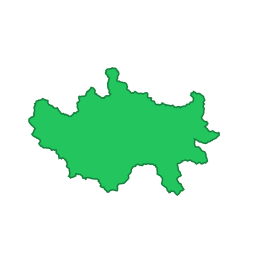 Chiem Hoa, Tuyên Quang, Vietnam (Natural Earth projection), rotated 136°
{"feature_id": "81297802B40107493867560", "entity_name": "Chiem Hoa", "entity_type": "district", "adm_level": 2, "iso_a3": "VNM", "parent_name": "Vietnam", "parent_adm1": "Tuyên Quang", "projection": "natural_earth1", "projection_center": [105.271, 22.169], "detail": "fine", "context": "isolated", "style": "filled", "palette": "green", "viewbox_px": 256, "rotation_deg": 136, "n_neighbors": 0, "source": "geoboundaries", "source_scale": "gbopen_adm2", "svg_char_len": 5826}
<svg xmlns="http://www.w3.org/2000/svg" viewBox="0 0 256 256"><g transform="rotate(136 128 128)"><path d="M58.2,92.0L56.4,92.2L56.4,93.6L56.1,94.2L53.5,94.7L52.7,96.7L51.8,98.4L52.2,100.0L52.4,102.5L52.8,103.4L55.1,105.5L54.9,106.4L55.3,108.2L55.6,108.8L57.1,108.1L58.3,109.2L59.3,108.2L60.2,108.0L60.0,104.7L60.7,103.3L61.7,102.8L62.7,101.9L63.5,102.0L65.4,103.2L66.6,102.6L67.4,102.7L69.4,104.2L71.5,103.7L72.9,105.2L75.0,106.1L76.3,106.3L76.0,107.4L76.2,107.7L77.7,109.0L78.5,108.8L79.2,109.8L80.1,110.5L79.9,111.9L80.0,113.3L82.0,114.2L82.7,115.8L83.4,116.5L84.2,117.9L85.0,117.9L84.8,118.6L85.8,121.0L85.6,121.7L86.2,122.3L87.3,121.9L89.4,122.5L89.7,123.8L90.9,124.7L91.5,125.5L91.6,126.4L90.6,128.9L91.9,130.9L92.2,131.7L91.1,132.9L90.5,133.0L90.3,133.3L90.5,133.8L91.2,134.2L92.6,135.9L91.9,137.4L90.9,138.0L90.0,139.1L90.0,140.3L91.9,141.6L93.3,142.0L94.5,143.9L96.7,145.6L97.6,149.4L99.8,149.4L100.5,150.3L101.3,150.6L101.3,154.7L102.0,156.3L101.3,157.3L99.9,157.9L99.3,159.4L98.7,160.1L98.5,161.3L98.8,162.6L101.6,166.4L101.8,167.9L102.9,168.4L103.0,170.0L102.6,170.5L101.0,170.9L100.4,172.0L98.1,172.9L97.4,172.9L95.9,174.8L96.4,175.8L96.2,176.2L95.7,176.4L95.8,177.2L95.5,179.3L95.9,180.2L97.1,180.8L97.6,182.3L98.9,182.2L100.6,183.7L102.4,184.8L104.2,184.5L104.6,183.6L105.6,183.5L106.3,182.5L106.3,179.8L107.0,179.0L106.7,177.3L106.9,176.7L108.6,176.0L109.8,175.0L111.6,174.3L112.5,173.0L114.0,171.7L114.2,170.9L115.0,169.7L115.4,167.6L116.9,166.9L117.2,165.8L116.8,164.6L116.9,164.4L119.4,164.3L121.0,166.0L122.0,166.5L122.8,166.5L123.4,166.1L124.2,166.6L124.7,166.2L125.5,167.6L126.1,168.0L126.4,170.1L127.3,173.2L127.0,174.5L127.6,175.0L127.7,176.1L127.5,176.5L125.9,177.4L125.4,178.4L125.2,180.8L126.3,182.8L127.5,182.3L129.5,182.2L130.1,181.9L130.8,182.5L131.6,182.2L132.8,182.5L133.6,181.9L134.3,181.8L135.0,181.0L136.8,180.9L137.3,181.0L137.6,181.5L139.2,183.0L140.2,183.3L140.9,184.5L141.4,184.7L142.9,183.4L143.3,182.1L143.8,181.4L145.9,180.8L146.6,181.6L147.5,181.2L148.6,179.3L150.1,178.3L150.5,176.5L151.5,175.0L152.4,174.5L153.5,175.1L155.4,174.9L156.0,176.4L156.2,176.5L158.3,176.0L160.8,176.1L162.4,177.5L162.5,178.0L162.2,178.9L163.1,179.9L163.3,181.2L164.5,181.5L164.3,182.3L164.6,183.6L165.9,184.1L165.9,186.4L165.4,187.7L165.7,188.3L165.5,189.3L164.8,191.6L166.0,192.2L167.1,193.3L167.4,194.8L167.0,195.5L167.4,196.4L167.3,197.2L168.2,198.2L168.2,199.0L168.8,200.0L168.0,202.1L166.6,203.3L167.0,204.2L167.9,204.9L167.9,205.7L168.6,206.8L168.7,207.8L168.9,208.4L170.8,208.5L172.3,209.3L172.7,210.0L173.5,210.0L175.4,211.0L176.1,210.4L177.7,210.0L178.2,210.2L178.3,209.1L180.0,208.7L180.2,208.1L181.1,208.2L182.1,206.9L182.8,205.5L185.5,204.0L186.0,203.5L186.0,202.7L186.7,202.6L188.1,201.9L189.9,202.9L193.0,203.1L194.7,201.5L195.0,200.8L195.4,197.2L195.2,196.0L195.2,192.0L197.7,191.4L198.8,190.7L201.5,190.3L201.6,188.0L201.2,186.4L200.5,185.3L200.7,184.2L200.0,183.4L199.5,180.1L200.9,179.0L202.1,179.0L203.0,178.6L203.4,175.7L202.6,174.8L202.9,173.4L202.4,172.2L201.0,171.2L200.7,170.4L198.6,168.3L198.3,167.7L198.1,166.4L198.5,165.6L198.2,164.8L196.9,164.6L196.2,162.9L194.9,162.4L195.1,161.6L196.4,160.7L196.9,160.0L196.9,158.8L196.5,157.7L196.5,157.0L198.6,154.0L197.7,153.9L197.2,152.0L196.2,152.1L195.5,151.6L195.1,150.0L195.4,148.7L194.9,147.9L195.1,147.2L195.8,146.7L195.5,146.2L195.6,145.6L196.7,144.7L196.9,144.0L197.3,143.7L198.7,143.4L199.0,142.2L198.5,139.6L200.1,137.7L200.8,136.3L203.2,134.6L204.2,134.6L203.9,133.4L204.1,132.0L203.1,131.8L201.2,130.6L200.4,130.5L198.9,129.9L198.4,130.6L197.9,130.5L197.1,131.1L196.8,130.9L196.0,129.2L194.7,127.8L194.4,126.1L194.4,124.7L195.3,123.5L194.1,121.8L194.0,120.5L193.4,120.5L192.9,121.5L191.0,120.0L190.4,118.7L189.5,117.8L189.3,116.7L188.2,115.7L187.3,114.3L186.1,113.4L185.6,112.5L185.2,110.7L185.7,110.9L186.3,110.4L186.1,109.6L186.6,108.4L186.5,106.7L187.4,105.6L188.3,105.6L188.2,104.2L187.8,103.1L186.7,102.3L187.0,101.0L187.4,100.5L187.1,97.7L187.5,96.8L186.5,95.3L184.3,95.5L182.0,94.2L181.6,93.8L180.2,91.3L179.2,90.4L177.7,91.5L176.0,93.7L173.8,94.1L173.0,93.8L169.8,91.4L168.9,91.0L162.7,91.3L161.6,92.2L160.6,93.8L156.9,93.9L153.9,96.1L151.0,96.5L149.3,95.3L148.7,95.3L147.9,95.9L146.0,95.0L145.6,93.4L145.0,92.9L144.9,92.4L143.8,91.1L143.1,90.9L142.2,91.5L141.0,90.7L140.8,90.1L140.1,89.1L138.3,88.7L137.5,86.9L135.2,84.7L135.0,82.9L134.1,82.0L135.0,80.9L134.8,80.3L134.9,78.9L136.4,77.5L136.9,76.4L139.0,74.6L137.9,71.1L138.2,68.9L138.0,68.0L140.2,66.0L142.4,64.7L142.8,63.3L141.9,58.3L142.1,57.5L143.2,55.5L142.9,54.6L143.3,52.9L142.1,52.4L141.3,53.0L140.9,52.5L140.0,52.1L139.0,49.9L139.3,48.5L139.2,45.9L139.0,45.4L135.9,45.4L133.9,46.3L132.4,45.1L130.5,45.0L130.4,46.5L129.8,47.9L129.6,49.9L128.8,50.6L129.1,51.9L129.9,52.7L129.1,54.3L129.2,55.3L128.4,57.2L127.7,57.7L126.3,57.6L125.5,57.8L123.7,57.0L122.8,56.9L122.4,57.5L122.2,58.6L121.5,59.5L121.1,61.0L121.3,62.0L120.6,63.4L119.1,65.3L118.5,66.7L117.2,68.0L114.9,66.6L113.4,66.5L112.7,66.2L111.9,66.8L111.3,66.2L109.2,65.2L108.5,64.4L108.2,62.9L106.4,62.4L105.1,60.9L105.2,59.5L103.8,57.4L103.9,55.4L103.8,54.6L100.9,53.9L100.3,53.0L100.3,51.9L100.0,51.1L99.2,50.5L97.1,50.0L96.6,49.6L96.4,48.9L93.9,49.0L92.0,52.2L91.8,53.4L90.2,54.9L89.5,57.3L89.6,58.0L90.8,60.3L90.2,63.2L90.4,65.4L92.5,67.4L92.5,68.2L91.0,70.7L88.2,72.9L87.8,73.8L86.9,71.8L86.4,68.6L85.1,67.1L84.5,65.3L83.2,63.3L81.8,62.4L80.5,62.5L78.3,61.3L76.8,61.3L76.1,60.6L75.4,60.9L73.8,60.2L71.0,59.4L69.9,59.8L67.7,59.4L66.1,60.9L65.9,61.7L67.3,62.2L68.5,64.2L68.8,65.5L68.8,66.3L69.3,67.2L71.2,68.1L72.1,69.2L71.8,69.8L71.9,71.1L71.5,72.2L71.7,73.5L71.5,74.9L71.8,75.6L68.7,75.3L67.3,75.9L67.4,77.3L66.9,77.9L67.9,78.7L68.4,79.9L68.5,82.4L68.1,84.4L67.4,84.9L66.5,84.9L63.8,85.8L62.5,86.7L61.6,87.8L59.9,88.8L58.7,91.4L58.2,92.0Z" fill="#22c55e" stroke="#15803d" stroke-width="1.5"/></g></svg>